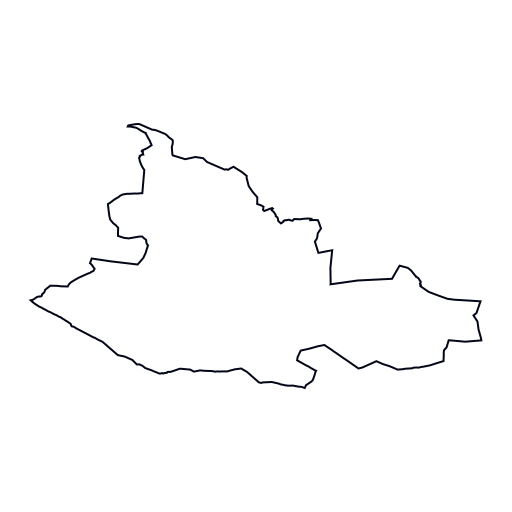 Kviteseid nor, Telemark, Norway
{"feature_id": "86288312B3743055335069", "entity_name": "Kviteseid nor", "entity_type": "district", "adm_level": 2, "iso_a3": "NOR", "parent_name": "Norway", "parent_adm1": "Telemark", "projection": "robinson", "projection_center": [8.487, 59.408], "detail": "fine", "context": "isolated", "style": "outline", "palette": "ink", "viewbox_px": 512, "rotation_deg": 0, "n_neighbors": 0, "source": "geoboundaries", "source_scale": "gbopen_adm2", "svg_char_len": 5899}
<svg xmlns="http://www.w3.org/2000/svg" viewBox="0 0 512 512"><path d="M159.2,373.5L160.1,373.6L160.5,373.5L160.8,373.5L161.8,373.1L162.1,373.1L162.3,373.1L162.6,373.4L163.4,373.5L164.3,373.1L164.7,373.0L166.8,372.8L167.1,372.5L167.2,372.2L167.4,372.1L168.2,371.8L169.2,372.0L169.8,371.9L170.4,371.9L176.5,369.9L177.4,369.5L180.2,368.7L190.3,369.6L193.8,371.6L200.1,370.4L204.3,370.8L210.2,371.0L211.4,371.0L212.9,371.2L215.3,371.7L216.3,371.5L217.5,371.4L218.4,371.5L220.4,371.5L221.9,371.4L227.2,371.4L230.3,370.5L232.9,369.9L234.3,369.4L241.1,368.5L247.0,371.9L258.9,382.4L261.4,382.9L263.0,382.4L271.8,382.0L276.1,383.0L277.7,383.3L281.5,384.6L282.7,384.7L285.4,385.4L286.2,385.3L287.5,385.7L293.0,385.6L298.3,386.6L301.0,386.8L301.9,387.0L304.7,388.0L305.5,386.3L306.0,385.2L309.1,383.1L309.4,382.9L311.5,381.5L312.9,379.9L314.3,375.9L315.1,373.4L315.2,372.6L316.1,370.8L314.6,370.1L312.0,368.6L310.9,368.1L310.0,367.4L307.8,366.1L306.7,365.7L297.1,360.3L297.6,357.1L300.7,350.6L309.6,348.6L318.1,346.2L324.3,345.0L332.2,350.2L333.7,351.4L336.3,353.1L343.7,358.3L345.3,359.3L358.5,368.5L362.4,367.5L376.4,361.2L382.7,364.0L389.6,366.2L397.6,369.6L402.7,369.2L405.5,368.7L412.1,368.3L412.7,368.0L414.1,367.6L416.7,367.5L417.6,367.6L417.9,367.6L418.3,367.6L418.9,367.6L421.0,367.0L421.7,366.9L422.6,366.8L426.4,366.1L428.7,365.6L430.2,365.3L433.5,364.2L437.0,363.1L437.6,362.9L439.9,362.2L443.5,361.1L443.8,354.1L443.7,353.0L443.7,352.4L444.0,350.8L444.0,350.3L444.7,349.4L445.0,349.0L445.5,348.7L445.7,348.3L446.1,348.0L446.3,347.6L446.6,347.3L446.6,347.2L446.6,346.9L446.8,346.6L446.9,346.3L448.7,340.3L451.9,340.5L465.2,341.7L481.3,340.4L481.0,338.2L478.5,329.3L477.5,321.6L473.5,315.4L476.5,313.0L480.5,301.3L454.4,299.7L447.4,298.8L437.9,295.4L428.7,291.9L420.6,286.3L420.5,286.2L420.8,286.1L420.9,285.8L420.9,285.6L420.9,285.2L420.8,284.8L420.6,284.6L420.0,284.0L419.9,283.7L420.5,282.8L420.6,282.6L420.7,282.3L420.5,281.7L420.6,281.4L420.5,281.2L419.7,280.5L419.6,280.3L419.6,280.1L419.3,279.7L419.1,279.4L419.0,278.9L418.1,278.0L416.7,277.0L416.0,276.8L415.6,275.8L415.1,275.5L411.1,270.5L407.9,267.9L399.7,265.7L398.9,266.8L392.0,278.8L357.7,280.5L330.6,284.3L330.7,283.9L330.6,281.3L330.6,278.0L330.5,275.2L330.5,271.3L330.5,270.7L330.4,269.4L330.4,267.9L332.2,250.2L318.4,252.9L314.9,241.6L316.8,238.7L317.3,236.7L317.7,233.9L317.8,233.3L320.0,230.0L320.4,229.4L321.0,228.6L319.1,223.1L317.9,220.2L314.7,220.0L310.2,220.2L310.2,219.8L311.1,219.2L311.3,218.8L309.3,218.6L308.0,218.5L303.6,218.8L301.6,219.0L300.9,219.2L300.4,219.3L297.0,219.1L296.8,219.2L294.3,219.0L294.0,219.4L293.6,219.6L293.1,220.0L292.6,220.7L291.1,220.5L290.8,220.4L288.8,219.7L287.1,220.1L286.6,220.3L286.3,220.2L285.7,220.2L285.2,220.2L285.1,220.3L283.6,220.8L283.6,221.0L283.4,221.3L283.4,221.7L282.4,222.4L282.1,222.7L280.9,223.4L278.2,220.9L278.0,219.2L277.5,217.5L275.7,216.1L275.7,214.9L273.8,212.0L271.7,210.2L272.2,209.2L272.8,208.7L272.4,208.4L272.2,208.1L270.1,208.7L266.1,210.3L264.2,211.0L263.0,209.8L263.5,206.7L262.1,205.9L261.0,205.3L257.2,204.0L257.3,197.3L252.5,191.7L248.7,186.1L246.6,177.8L246.7,175.9L242.1,172.2L233.6,166.8L230.6,168.2L228.2,169.8L226.5,169.3L224.6,169.6L207.0,162.0L205.5,160.5L203.1,158.2L195.4,157.0L185.2,159.2L172.8,155.4L172.5,154.9L172.3,153.8L172.1,150.9L171.8,146.8L172.5,144.6L172.8,142.6L172.8,142.0L172.7,140.8L172.8,140.5L172.7,140.3L172.4,139.9L170.9,138.8L170.3,138.3L169.6,137.9L169.2,137.5L168.7,137.2L167.3,135.6L165.2,134.0L157.5,130.8L154.8,129.9L152.2,129.7L139.2,124.0L136.0,124.1L132.2,124.7L128.3,125.4L127.8,126.5L130.0,126.5L136.0,127.7L138.4,128.9L141.1,130.7L144.0,132.3L145.8,133.1L145.7,133.4L145.8,133.9L146.1,134.1L148.1,137.9L149.6,140.5L150.1,141.5L150.4,142.2L150.6,143.2L151.1,143.8L151.1,144.0L151.6,145.2L147.1,148.2L142.3,150.4L142.1,150.6L142.5,150.9L142.5,151.1L142.3,151.2L141.9,151.2L141.8,151.4L142.2,151.7L142.7,151.8L142.9,151.9L142.7,152.5L142.8,152.9L142.9,153.0L142.9,153.3L143.1,153.8L143.1,154.2L143.2,154.5L142.7,154.5L142.4,154.5L142.2,154.8L141.0,155.2L140.8,155.4L140.4,155.7L140.1,155.7L139.7,155.9L139.7,156.0L139.8,156.3L139.8,156.5L139.8,157.0L139.1,157.8L140.0,161.7L141.4,165.1L142.3,167.0L144.3,170.0L143.9,174.8L143.4,180.4L143.4,180.6L143.3,181.6L142.5,191.3L142.3,193.2L141.5,193.2L136.7,193.6L135.4,193.5L129.1,193.8L126.9,193.8L122.3,194.6L120.7,195.5L120.1,195.8L118.2,197.3L116.0,198.5L114.3,199.6L113.3,200.3L110.2,202.7L107.9,204.1L108.7,211.3L109.0,212.7L109.1,214.5L109.5,216.8L110.1,219.2L111.0,220.6L113.4,223.4L115.8,225.2L118.2,227.9L118.0,231.6L118.0,235.9L123.8,237.8L128.6,238.4L139.2,236.6L142.1,236.5L144.4,238.6L145.7,239.5L146.1,239.9L146.3,241.3L146.4,242.8L146.5,243.0L147.1,244.4L148.0,245.3L145.4,253.5L143.3,257.9L140.2,261.6L137.6,264.5L110.4,261.3L91.7,258.5L90.1,262.9L90.0,263.1L90.8,263.8L91.2,264.3L91.5,264.6L91.7,264.8L92.3,265.4L92.6,265.9L92.7,266.4L93.5,267.2L93.6,267.5L93.8,267.7L94.0,268.0L94.6,268.8L93.4,271.0L91.4,271.9L89.8,272.9L88.1,273.5L78.3,277.9L73.2,280.9L71.0,282.3L69.2,283.9L69.1,284.2L68.5,285.1L67.7,286.5L61.2,286.3L59.3,286.1L57.8,285.9L56.2,285.8L55.1,285.8L50.3,285.7L49.9,286.0L49.1,286.7L47.1,288.2L46.0,289.2L45.2,289.7L44.7,291.2L44.2,292.4L42.2,294.1L42.4,294.3L42.2,294.6L41.5,296.1L40.4,296.5L39.8,296.6L39.3,296.4L38.9,296.6L37.1,296.9L33.4,299.5L32.6,299.8L30.7,300.3L33.9,303.1L36.7,305.0L37.9,305.7L38.2,305.9L38.6,306.3L42.1,307.9L42.7,308.3L43.8,309.0L45.0,309.5L48.1,311.3L51.0,312.5L54.0,314.2L56.3,315.1L59.4,316.9L60.6,317.2L61.0,317.6L61.4,317.8L63.1,319.0L64.1,319.5L65.8,320.7L66.8,321.2L67.8,321.9L70.4,323.7L70.8,324.1L71.3,325.8L71.7,326.3L73.9,326.8L76.3,328.4L79.8,330.2L91.8,336.5L93.5,337.4L94.7,337.7L97.3,339.3L102.6,341.9L117.8,355.1L124.8,356.6L132.0,359.8L132.3,359.9L136.9,364.5L139.2,364.3L142.6,365.9L145.3,368.1L151.6,370.3L153.8,371.3L158.1,373.0L159.2,373.5Z" fill="none" stroke="#020617" stroke-width="2"/></svg>